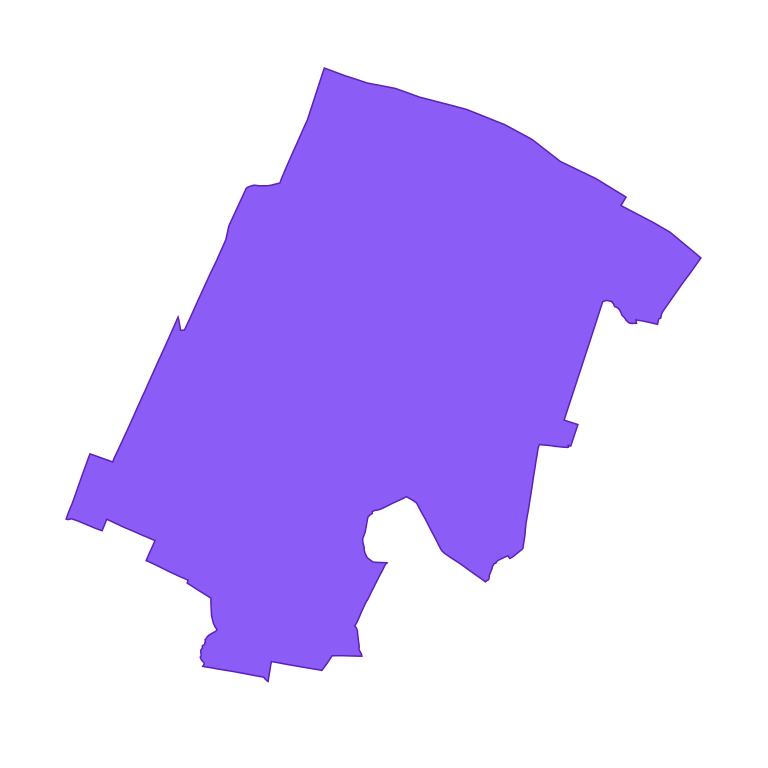 outline of Ostroveni, Dolj, Romania, rotated 186°
{"feature_id": "2599482B82593705171152", "entity_name": "Ostroveni", "entity_type": "district", "adm_level": 2, "iso_a3": "ROU", "parent_name": "Romania", "parent_adm1": "Dolj", "projection": "orthographic", "projection_center": [23.874, 43.804], "detail": "fine", "context": "isolated", "style": "filled", "palette": "violet", "viewbox_px": 768, "rotation_deg": 186, "n_neighbors": 0, "source": "geoboundaries", "source_scale": "gbopen_adm2", "svg_char_len": 6100}
<svg xmlns="http://www.w3.org/2000/svg" viewBox="0 0 768 768"><g transform="rotate(186 384 384)"><path d="M619.7,355.9L622.8,347.0L625.1,339.7L626.8,334.9L628.6,329.2L634.3,311.9L638.8,298.7L644.8,281.5L645.6,278.1L661.2,281.9L669.1,283.8L670.1,280.1L675.0,260.3L678.4,245.9L681.6,232.7L683.9,224.9L685.4,219.3L686.0,216.4L684.9,216.2L684.0,216.2L683.3,216.3L682.5,216.6L681.7,217.0L680.8,217.2L679.8,217.1L673.9,215.7L655.9,210.3L649.0,208.6L646.5,217.2L645.6,220.5L639.4,218.4L632.8,216.1L627.0,214.1L622.5,212.8L617.3,211.2L612.4,209.6L606.8,207.8L605.5,207.5L600.4,205.9L595.4,204.4L595.6,203.5L598.8,193.8L600.6,188.4L602.1,183.4L599.4,182.7L592.2,180.2L578.5,175.1L568.0,171.5L561.0,169.3L558.5,168.5L558.9,165.4L555.7,163.9L550.6,161.2L542.2,157.1L533.7,153.0L533.3,148.5L531.4,136.0L528.9,128.7L526.6,124.7L524.6,122.6L524.4,122.2L525.6,120.4L526.9,119.5L528.8,118.3L530.7,116.8L532.3,115.5L533.6,113.8L534.3,112.2L535.3,110.8L534.7,109.7L534.9,109.0L535.1,107.6L535.1,106.4L536.1,105.5L537.2,104.9L537.2,103.2L537.0,102.5L538.0,101.0L538.5,99.7L538.2,98.2L537.8,96.5L537.5,95.5L537.6,94.5L537.9,93.6L538.1,93.4L538.1,92.7L537.7,92.2L537.4,91.8L537.3,91.4L537.0,90.9L536.8,90.4L536.1,89.9L534.8,88.8L534.1,88.3L533.8,87.7L533.6,87.0L533.9,86.0L534.2,85.3L534.8,84.2L533.6,84.1L526.0,83.7L514.9,82.9L505.6,82.4L491.6,81.3L481.0,80.4L475.0,80.0L473.0,79.8L471.2,78.0L469.2,76.5L468.2,76.0L467.2,93.8L466.9,96.2L462.4,95.9L456.1,95.4L448.8,94.8L426.9,93.4L421.5,93.1L415.8,92.7L415.7,92.9L412.2,98.8L410.0,102.8L407.2,108.3L397.4,109.4L381.6,110.6L377.5,111.0L377.6,111.3L377.8,111.8L378.2,112.9L379.0,114.3L380.1,115.8L381.0,117.2L381.2,118.0L381.2,119.5L381.3,121.0L382.4,125.3L383.3,129.2L384.3,133.6L384.4,134.5L384.7,135.7L385.2,137.1L385.7,138.0L386.0,138.5L386.2,138.8L386.9,139.5L388.1,140.5L387.7,140.9L387.4,141.0L387.0,142.0L386.5,143.0L385.0,147.0L382.8,154.3L380.8,160.2L379.8,163.2L379.0,165.2L378.5,166.6L378.0,167.1L377.1,169.5L376.2,171.9L374.6,176.5L373.7,178.7L372.7,181.2L371.9,183.6L370.9,186.1L369.1,191.0L368.1,193.4L367.5,195.4L367.1,195.7L366.4,197.6L365.6,199.7L364.8,201.9L363.8,204.6L363.7,204.8L363.4,205.1L362.9,205.6L362.3,206.3L362.2,206.5L363.2,206.5L373.8,205.8L376.3,205.7L380.8,208.5L382.3,209.4L382.6,209.6L383.2,210.6L384.7,213.0L385.5,214.5L385.9,215.6L386.2,216.4L386.6,217.8L386.4,218.7L388.5,224.6L389.0,227.9L387.2,234.9L386.3,247.6L386.1,249.8L385.1,251.3L383.5,253.0L382.1,254.0L382.3,256.0L379.8,257.3L376.3,258.3L373.6,259.6L369.6,262.0L363.9,265.7L359.9,268.1L353.0,272.2L350.4,273.9L349.9,274.2L345.6,272.4L342.8,271.1L339.7,269.4L338.6,268.2L332.8,259.5L328.9,254.1L327.0,251.3L324.9,247.9L318.5,238.3L316.0,234.6L313.8,231.1L312.4,228.9L310.5,226.1L309.3,224.5L308.5,223.6L306.2,222.0L302.9,220.2L300.1,218.6L297.8,217.4L291.3,214.2L284.8,210.6L280.0,207.7L277.0,206.1L272.3,203.4L266.7,200.3L262.9,198.1L262.4,197.8L261.7,198.8L259.9,200.0L259.3,200.9L259.2,204.8L257.3,211.6L257.0,213.9L256.0,216.3L255.2,217.1L254.0,217.5L253.7,218.6L252.3,220.4L246.4,224.1L242.7,226.1L241.5,224.5L240.7,223.7L240.0,224.1L238.7,224.8L236.7,226.7L229.9,233.5L228.7,234.9L228.3,242.9L228.0,249.1L228.2,254.1L228.2,260.0L227.6,269.3L227.4,271.0L227.3,273.0L227.2,274.7L227.1,276.0L227.1,276.9L227.1,277.3L227.0,278.8L226.9,280.5L226.7,283.9L226.7,285.1L226.6,286.2L226.5,287.8L226.3,291.4L226.3,292.6L226.2,294.0L226.1,295.2L226.0,296.5L226.0,298.2L225.8,301.5L225.8,302.8L225.6,307.6L225.5,309.5L225.4,311.1L225.3,312.7L225.2,314.4L225.1,316.4L225.0,317.9L224.8,322.8L224.6,326.2L224.3,330.7L224.0,336.2L224.0,336.9L223.9,336.9L223.6,337.7L223.6,338.0L223.6,338.4L223.5,339.0L223.4,339.4L223.3,339.6L223.1,339.8L223.0,340.0L222.8,340.0L220.4,340.0L214.6,340.1L213.5,340.1L212.9,340.1L211.5,340.1L210.4,340.1L209.3,340.0L208.8,339.9L208.2,339.9L207.6,340.0L207.0,339.8L205.8,339.9L205.3,339.9L204.8,339.9L204.1,339.9L203.5,339.9L202.6,339.9L202.0,339.9L199.6,339.9L196.0,340.1L195.5,340.1L195.0,340.1L194.3,340.2L194.0,340.4L193.8,340.6L193.8,340.8L194.0,341.3L194.3,341.4L194.4,342.0L194.4,342.4L191.8,341.8L186.9,363.9L201.1,366.9L184.2,445.7L175.1,488.8L174.6,489.0L174.2,489.2L173.4,489.5L172.6,489.9L172.0,490.1L171.5,490.3L170.9,490.4L170.3,490.3L169.3,490.2L167.0,489.9L165.9,489.9L165.8,489.2L165.4,488.9L165.1,488.6L164.8,488.3L164.5,488.0L164.1,487.6L163.8,487.2L163.5,486.4L162.9,485.5L162.6,485.2L162.4,485.0L161.8,484.9L161.5,484.9L161.2,484.8L161.0,484.7L159.7,484.1L159.1,483.7L158.7,483.5L158.3,483.0L157.9,482.7L157.6,482.3L157.3,482.0L157.0,481.5L156.7,481.1L156.5,480.8L156.2,480.4L155.9,479.9L155.3,478.7L154.4,477.2L154.1,476.9L153.2,476.2L152.3,475.5L152.0,475.2L151.6,474.9L151.3,474.5L151.0,474.3L150.8,473.9L150.4,473.3L150.0,472.8L149.7,472.6L149.3,472.3L148.3,471.4L147.9,471.1L147.2,470.7L146.4,470.3L146.1,470.2L145.4,470.2L144.9,470.1L144.5,470.1L144.1,470.1L143.8,470.1L143.5,470.1L142.4,470.4L140.4,470.6L139.6,470.6L139.2,470.7L139.7,472.4L140.1,474.1L139.1,474.0L137.9,473.9L134.3,473.8L133.1,473.7L131.5,473.5L130.1,473.3L128.4,473.2L124.6,472.7L123.7,472.6L120.4,472.2L118.2,471.9L118.2,472.5L118.1,473.3L118.0,473.7L117.9,474.6L117.8,475.1L117.8,475.7L117.6,476.9L117.6,477.1L117.6,477.3L117.2,477.6L116.2,478.2L115.8,478.5L115.6,478.7L115.6,478.9L115.5,479.2L115.6,479.9L115.6,480.5L115.4,481.4L115.3,482.3L115.1,483.0L114.6,484.7L97.8,515.1L93.9,521.6L91.9,524.9L82.0,542.5L83.3,543.4L115.3,564.8L132.2,572.4L167.0,586.2L162.8,595.2L194.7,610.4L231.8,623.7L262.4,642.7L290.6,654.4L330.6,665.7L343.0,667.7L378.6,673.0L403.2,679.1L432.3,681.6L443.4,684.1L446.1,684.7L452.4,686.0L454.7,686.4L476.4,692.0L487.9,638.2L490.5,630.7L494.7,617.5L497.0,610.5L501.4,597.1L505.0,585.6L507.7,576.5L508.5,573.1L512.9,571.5L517.0,569.9L520.8,568.9L524.3,568.6L528.0,568.1L533.8,568.2L536.0,567.5L538.3,566.4L539.6,565.8L540.9,564.9L541.5,564.1L541.7,563.5L554.8,525.1L556.4,511.0L563.6,488.7L568.3,475.7L570.7,468.6L577.1,449.6L584.3,427.7L588.1,416.8L591.9,416.1L594.6,425.7L595.8,429.0L596.9,425.6L599.8,416.5L603.8,404.3L608.6,389.8L610.6,384.0L619.2,357.8L619.7,355.9Z" fill="#8b5cf6" stroke="#5b21b6" stroke-width="1.5"/></g></svg>